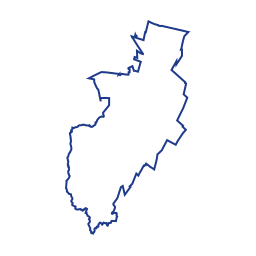 outline of Mineral de la Reforma, Hidalgo, Mexico, rotated 185°
{"feature_id": "50627088B38454753665522", "entity_name": "Mineral de la Reforma", "entity_type": "district", "adm_level": 2, "iso_a3": "MEX", "parent_name": "Mexico", "parent_adm1": "Hidalgo", "projection": "equal_earth", "projection_center": [-98.711, 20.061], "detail": "fine", "context": "isolated", "style": "outline", "palette": "blue", "viewbox_px": 256, "rotation_deg": 185, "n_neighbors": 0, "source": "geoboundaries", "source_scale": "gbopen_adm2", "svg_char_len": 5638}
<svg xmlns="http://www.w3.org/2000/svg" viewBox="0 0 256 256"><g transform="rotate(185 128 128)"><path d="M184.5,62.5L183.9,61.9L183.7,61.6L183.5,60.7L183.4,60.4L183.4,59.7L183.3,59.3L183.0,59.0L182.0,58.5L181.7,57.9L181.6,57.7L181.4,57.4L180.8,57.2L180.5,57.2L179.0,56.9L178.8,55.9L178.5,54.9L177.4,53.3L177.2,52.8L177.2,52.3L178.1,50.6L178.1,50.2L177.8,49.5L177.3,49.0L176.8,48.7L176.6,48.4L176.9,46.9L176.9,46.5L175.2,45.6L174.3,45.3L173.4,45.2L173.4,44.5L173.5,44.1L173.5,43.0L173.3,42.9L173.0,42.7L170.9,42.3L170.1,42.7L169.5,42.8L168.7,43.1L168.3,43.2L168.1,43.0L168.0,42.6L167.7,42.4L167.0,42.5L166.8,42.4L166.5,41.9L166.1,41.7L165.8,41.8L165.6,42.1L165.3,42.9L165.2,43.0L164.6,42.8L164.4,42.9L164.2,43.4L164.0,43.6L163.5,44.3L163.1,44.5L162.6,44.3L162.2,44.0L161.8,43.8L162.8,39.7L161.8,39.6L161.7,39.1L161.5,38.5L161.0,37.9L160.6,37.0L159.7,36.7L159.0,36.3L158.4,35.8L158.2,35.4L158.3,34.9L158.4,34.6L158.8,34.2L159.0,33.8L158.7,33.4L158.2,33.0L157.9,32.0L157.8,31.4L158.1,30.6L159.1,29.3L159.1,28.7L158.6,27.7L158.2,27.2L157.1,25.1L156.8,24.6L156.8,24.0L156.9,23.4L157.0,23.2L156.9,22.9L156.0,22.1L155.1,20.7L155.4,20.8L155.6,20.8L155.6,20.6L155.5,20.2L155.2,20.0L154.7,20.1L154.2,20.7L153.9,20.8L153.6,20.8L153.5,20.6L153.4,20.4L153.2,20.8L152.8,21.3L152.5,21.8L152.3,22.5L152.3,22.9L152.6,24.1L152.6,24.5L152.4,24.9L152.0,25.3L151.8,25.5L151.4,25.5L151.1,25.3L150.8,25.3L150.7,25.4L150.6,25.6L150.6,26.8L150.5,27.0L150.3,27.1L149.2,27.0L148.9,27.3L148.9,27.6L149.0,28.4L149.0,29.3L148.7,29.8L148.1,30.6L148.0,30.9L147.8,31.2L146.9,31.2L146.0,30.4L145.5,29.6L145.2,29.5L144.8,30.2L144.5,31.1L144.2,31.6L143.9,31.7L143.3,31.4L142.9,31.2L142.4,31.1L142.0,31.2L141.2,31.5L141.0,31.4L140.8,31.3L140.7,31.2L140.8,30.5L140.8,30.2L140.6,29.8L140.5,29.5L140.2,29.1L139.8,28.9L139.6,29.0L139.5,30.1L139.3,30.7L139.2,31.1L138.8,31.6L138.4,31.8L137.6,31.8L137.0,32.0L136.8,32.1L136.7,32.2L136.6,32.4L136.6,33.1L136.5,33.7L136.3,34.0L136.1,34.1L135.6,34.1L133.9,34.1L131.9,34.2L131.5,37.9L131.1,38.8L131.5,39.1L131.6,39.6L131.7,40.4L131.8,40.4L131.8,41.6L131.9,42.1L132.2,42.3L132.4,42.4L134.0,42.1L134.5,42.2L135.3,42.0L135.5,41.8L135.9,41.3L136.1,41.1L136.5,41.2L136.6,41.3L136.6,41.7L136.6,42.1L136.4,42.3L135.9,42.9L135.3,43.5L135.0,44.0L134.1,47.0L134.0,47.4L134.0,47.7L134.1,48.0L134.5,48.9L134.7,49.2L135.6,50.0L135.8,50.4L136.0,50.8L136.0,51.1L135.9,51.5L133.0,56.3L132.4,57.6L130.0,68.0L129.9,68.4L129.7,68.7L129.4,68.9L128.2,69.8L127.0,66.2L125.4,61.2L124.3,62.9L123.7,64.1L120.4,69.5L121.2,70.1L118.9,72.7L115.7,83.3L113.5,81.5L112.5,84.3L111.3,86.7L110.4,88.8L109.0,91.9L108.4,91.7L107.5,93.1L107.0,92.8L106.7,94.0L104.1,92.4L103.7,92.0L102.8,91.4L101.3,90.7L98.3,89.0L96.7,98.8L96.4,103.3L96.4,104.2L92.4,108.7L91.9,110.0L88.0,119.3L81.4,116.5L79.0,115.5L77.4,119.3L75.3,123.1L73.3,126.9L71.7,129.2L70.2,131.3L73.7,134.0L73.3,135.0L79.7,139.8L78.2,143.8L76.6,147.9L74.8,152.4L71.6,163.4L75.5,166.4L74.0,177.1L75.1,177.8L74.8,178.5L75.1,178.7L77.3,180.3L84.6,185.8L85.9,186.8L87.6,188.0L89.7,189.6L85.6,198.7L85.3,195.7L84.0,198.1L83.9,198.1L80.5,204.6L81.1,210.8L82.1,210.6L81.7,212.2L81.1,217.4L80.6,220.9L79.8,224.5L76.2,228.9L103.5,232.7L104.6,232.4L106.6,232.6L106.8,233.1L110.2,233.7L113.2,234.6L116.9,236.0L117.8,230.3L118.6,225.0L119.2,225.1L119.7,221.4L120.2,216.9L127.5,218.5L127.4,220.5L128.7,221.3L128.8,221.5L129.1,218.9L132.3,219.6L132.0,219.0L130.5,217.2L125.6,210.8L119.6,203.3L119.6,203.0L120.5,203.1L122.1,203.6L125.8,205.7L124.9,198.7L127.6,199.3L127.9,197.0L121.1,195.1L123.0,185.0L126.9,185.7L127.1,185.6L129.0,190.0L132.8,187.8L132.8,187.7L132.6,186.8L131.4,186.5L131.3,183.7L132.2,183.6L132.2,181.2L134.9,181.1L139.2,181.4L139.8,180.6L140.4,180.0L140.9,180.2L141.6,180.1L141.5,181.0L141.8,180.7L141.7,181.1L145.9,181.2L153.3,181.5L157.1,181.5L159.4,181.4L166.6,177.1L171.3,174.1L166.0,173.5L165.9,173.3L165.6,170.7L163.2,166.3L162.2,164.7L161.0,163.7L160.9,163.5L160.2,161.3L157.8,153.1L157.7,153.1L158.0,155.5L149.4,156.2L148.8,149.0L154.2,141.0L154.2,140.9L153.5,138.5L153.3,138.3L153.1,137.8L153.4,137.0L153.5,137.0L154.3,137.0L154.9,137.1L155.3,137.2L156.4,136.6L157.7,135.7L158.5,134.5L159.1,133.7L159.5,132.8L159.8,131.5L160.0,131.0L160.8,130.8L160.9,130.2L160.8,129.7L160.7,129.5L160.6,129.4L160.9,128.6L161.1,128.2L162.2,127.5L163.5,126.2L164.7,125.9L165.0,125.9L165.3,126.0L165.5,126.1L165.6,126.5L165.8,126.6L166.5,126.6L166.5,126.8L166.7,127.3L167.0,127.1L167.8,127.1L168.4,127.0L169.9,127.0L170.2,127.1L171.5,127.2L172.3,127.5L172.9,127.4L173.3,127.2L173.6,127.2L173.9,127.1L174.1,126.9L174.6,126.8L175.0,126.7L175.3,126.6L176.5,126.5L177.5,126.0L177.9,125.5L178.1,125.0L178.9,124.5L180.1,124.2L180.6,124.2L181.6,123.4L182.2,123.2L182.9,123.4L183.3,123.6L183.5,123.6L183.4,121.9L183.4,121.4L183.6,121.1L184.2,121.0L184.5,119.8L184.3,119.5L183.9,119.4L183.8,119.6L183.6,119.4L184.0,118.9L184.5,118.5L184.9,118.2L185.0,117.9L185.4,117.8L185.2,116.6L184.6,114.7L184.2,113.1L184.3,112.5L184.0,112.0L183.9,111.5L183.7,110.1L183.7,109.5L183.7,109.1L183.8,108.5L184.0,107.6L183.9,106.7L183.4,105.6L182.7,103.3L182.6,101.4L183.1,100.5L183.3,99.5L183.5,99.0L184.0,98.4L184.1,97.7L184.6,97.1L184.8,96.4L185.0,94.9L185.2,94.2L185.4,93.8L185.6,93.7L185.8,93.0L185.1,90.9L185.0,90.2L184.7,89.9L184.5,89.5L184.5,89.0L184.6,88.6L184.8,87.8L184.7,86.1L184.6,85.4L184.5,85.2L184.1,85.4L184.0,85.2L184.1,84.1L183.5,83.9L183.4,83.7L183.3,82.2L183.2,81.4L183.2,80.8L183.6,80.1L183.8,79.7L183.5,77.8L183.2,77.4L183.1,77.1L182.9,76.8L182.9,76.4L182.7,76.0L182.0,75.3L181.9,74.9L182.6,73.1L183.4,71.6L184.2,70.7L184.7,69.9L184.5,69.6L184.5,62.7L184.5,62.5Z" fill="none" stroke="#1e3a8a" stroke-width="2"/></g></svg>